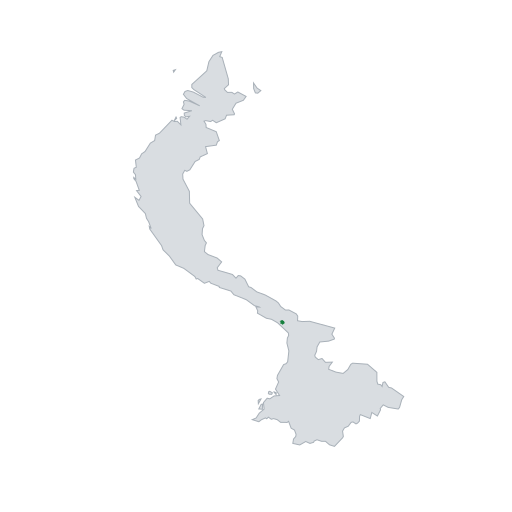 location of Hong Linh, Ha Tinh, Vietnam, rotated 162°
{"feature_id": "81297802B12079916150099", "entity_name": "Hong Linh", "entity_type": "district", "adm_level": 2, "iso_a3": "VNM", "parent_name": "Vietnam", "parent_adm1": "Ha Tinh", "projection": "orthographic", "projection_center": [105.71, 18.534], "detail": "fine", "context": "in_parent", "style": "filled", "palette": "green", "viewbox_px": 512, "rotation_deg": 162, "n_neighbors": 0, "source": "geoboundaries", "source_scale": "gbopen_adm2", "svg_char_len": 4598}
<svg xmlns="http://www.w3.org/2000/svg" viewBox="0 0 512 512"><g transform="rotate(162 256 256)"><path d="M310.1,101.5L305.9,101.9L301.5,105.5L295.6,107.9L294.2,114.3L289.3,117.3L287.0,115.9L282.0,117.3L276.7,116.0L278.6,123.4L273.4,129.2L274.0,132.9L272.5,135.8L263.3,144.2L260.6,144.3L258.6,145.6L254.1,155.5L253.5,163.7L251.5,168.3L249.5,170.3L249.0,172.8L256.1,185.8L260.8,191.0L265.4,193.6L272.3,201.2L271.3,203.3L271.8,207.6L268.5,206.3L268.9,206.8L272.8,209.2L278.7,217.4L289.0,226.0L290.7,230.4L300.6,237.4L300.4,238.4L307.4,244.1L308.3,246.3L313.5,246.0L318.4,252.6L320.0,252.6L320.5,255.4L328.5,266.6L335.1,272.3L338.4,282.7L342.5,290.6L342.6,295.1L348.7,314.4L348.4,316.9L347.2,314.5L347.5,321.8L348.5,325.7L348.1,330.5L352.4,339.4L353.1,349.3L350.1,345.1L346.9,348.1L349.4,355.1L346.7,354.5L347.0,364.0L348.3,367.3L348.0,368.5L346.6,366.1L345.5,370.6L346.7,373.7L344.9,377.1L342.4,377.4L341.0,384.5L336.5,385.2L333.2,388.5L329.2,389.7L321.6,396.0L316.7,397.1L314.2,402.0L309.9,402.6L294.0,411.1L292.1,409.1L289.2,408.4L286.9,403.9L285.4,411.2L284.1,411.6L281.6,410.3L279.3,407.4L276.0,409.4L279.7,410.0L280.7,411.9L280.1,414.1L272.1,414.0L279.4,416.9L280.9,419.0L277.5,422.5L277.4,425.0L275.7,426.1L271.7,424.0L263.1,416.2L273.3,427.2L275.1,432.2L272.7,434.4L269.8,434.5L265.0,431.3L257.3,423.4L254.7,422.3L263.7,433.5L265.0,436.0L264.0,439.0L245.6,447.3L240.7,455.4L234.9,460.1L228.8,461.3L225.4,460.9L228.9,456.8L226.8,455.3L227.6,433.1L229.2,427.4L234.4,425.0L234.4,423.8L232.6,420.4L228.4,419.1L226.4,416.7L222.6,417.6L216.1,410.8L219.9,408.0L227.8,407.5L233.2,402.9L232.5,397.8L233.2,397.1L240.5,399.0L243.0,396.0L252.6,395.0L255.3,398.5L257.6,397.9L262.0,400.3L263.8,400.3L262.9,396.8L263.7,393.6L255.4,386.5L255.2,377.1L257.3,376.6L259.5,373.7L270.2,375.6L270.6,368.4L278.4,367.5L280.2,365.4L284.7,364.7L292.3,358.4L295.6,357.9L297.3,359.5L300.4,356.6L301.7,351.7L299.4,338.1L302.8,326.7L295.3,307.7L296.1,300.9L298.4,298.6L300.7,293.0L300.3,286.8L299.1,283.8L301.1,281.7L303.7,276.1L301.3,272.3L293.6,266.1L290.5,261.0L296.5,256.8L296.6,254.2L284.1,245.7L281.9,241.1L278.9,242.9L276.7,241.8L273.7,237.4L272.5,229.0L270.5,227.6L266.3,221.6L259.3,216.1L250.9,207.1L249.2,204.4L248.1,200.3L244.7,195.5L241.4,194.5L235.6,188.5L234.9,185.9L236.5,181.6L232.4,179.4L225.1,177.3L203.4,163.1L208.0,158.2L206.8,153.6L207.2,152.8L213.2,152.6L221.9,154.5L226.0,150.7L227.9,146.6L230.8,143.4L230.9,141.6L228.8,138.2L224.9,138.1L222.8,133.4L216.2,131.5L220.6,128.4L221.9,125.8L215.9,120.9L209.4,117.4L203.7,119.7L199.3,123.7L197.2,124.2L183.4,118.6L177.0,108.0L179.7,99.6L179.8,96.5L177.1,95.0L176.4,92.9L174.3,96.5L172.3,96.5L170.4,90.1L167.9,88.6L158.9,76.7L161.8,74.3L166.3,67.6L168.0,66.5L177.1,71.2L181.0,75.1L185.0,72.6L185.1,71.2L190.0,66.3L194.2,71.4L197.6,66.1L205.8,72.9L207.0,71.6L208.7,67.0L211.0,65.7L212.8,65.4L215.0,68.2L216.9,68.4L220.9,65.6L225.0,65.2L227.8,62.7L228.7,57.4L229.7,56.4L240.2,50.7L244.4,53.7L247.2,58.3L250.9,59.5L254.8,62.4L257.9,62.0L258.8,61.0L262.6,61.1L266.0,64.2L272.8,62.8L278.9,66.4L276.9,70.3L273.9,72.1L273.0,74.1L273.2,78.6L275.8,81.4L276.1,88.7L277.8,88.1L284.0,90.2L286.4,93.8L289.5,95.9L291.9,96.0L294.0,98.9L296.1,97.9L297.1,99.1L301.5,98.6L304.5,97.5L310.1,101.5ZM206.2,411.3L206.5,415.9L204.9,421.3L203.1,415.4L200.3,411.8L204.0,410.3L206.2,411.3ZM300.6,109.7L296.9,113.3L295.5,113.2L297.3,108.3L300.6,109.7ZM285.9,123.0L284.8,123.1L282.7,120.8L283.8,119.6L286.2,120.5L286.7,121.5L285.9,123.0ZM298.6,117.9L297.2,118.6L295.4,118.5L299.4,114.8L298.6,117.9ZM279.7,118.0L281.2,121.6L279.0,119.7L279.7,118.0ZM292.1,409.8L289.1,412.9L288.9,411.5L292.1,409.8ZM277.4,458.1L275.1,458.1L277.5,456.3L277.4,458.1Z" fill="#d9dde1" stroke="#a8b0b8" stroke-width="1"/><path d="M252.8,184.5L252.8,184.4L252.7,184.4L252.4,184.3L252.2,184.4L252.1,184.5L251.9,184.5L251.7,184.5L251.7,184.4L251.6,184.5L251.6,184.4L251.6,184.2L251.6,183.9L251.5,184.0L251.4,184.1L251.2,184.0L250.9,183.9L250.8,184.0L250.8,183.9L250.7,183.9L250.6,184.0L250.6,183.9L250.4,183.8L250.4,183.7L250.2,183.8L250.2,184.0L250.1,184.3L250.1,184.2L250.3,184.2L250.3,184.3L250.4,184.5L250.2,184.7L250.2,184.8L250.3,184.8L250.4,185.0L250.5,185.0L250.5,184.9L250.6,185.0L250.8,185.1L250.7,185.2L250.6,185.3L250.5,185.5L250.6,185.8L250.6,186.0L250.6,185.9L250.8,185.9L250.9,186.1L251.0,186.1L251.3,186.0L251.3,185.9L251.3,186.0L251.5,186.1L251.8,186.1L252.0,186.1L251.9,186.0L252.0,186.0L252.0,185.9L252.0,186.0L252.2,185.9L252.3,185.8L252.3,185.7L252.4,185.4L252.4,185.2L252.4,184.9L252.5,184.8L252.5,184.7L252.8,184.5L252.8,184.5Z" fill="#22c55e" stroke="#15803d" stroke-width="1.5"/></g></svg>